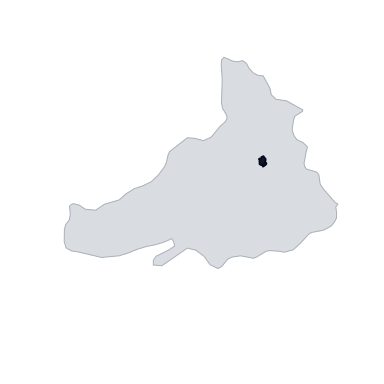 Juan de Herrera, San Juan, Dominican Republic (highlighted), rotated 150°
{"feature_id": "3306468B17512962237330", "entity_name": "Juan de Herrera", "entity_type": "district", "adm_level": 2, "iso_a3": "DOM", "parent_name": "Dominican Republic", "parent_adm1": "San Juan", "projection": "natural_earth1", "projection_center": [-71.191, 18.877], "detail": "fine", "context": "in_parent", "style": "filled", "palette": "ink", "viewbox_px": 384, "rotation_deg": 150, "n_neighbors": 0, "source": "geoboundaries", "source_scale": "gbopen_adm2", "svg_char_len": 3075}
<svg xmlns="http://www.w3.org/2000/svg" viewBox="0 0 384 384"><g transform="rotate(150 192 192)"><path d="M72.3,257.0L72.7,242.5L74.7,236.6L72.9,230.3L64.6,223.7L59.5,215.2L55.0,207.7L56.0,206.6L65.0,206.2L68.2,203.4L74.3,195.7L75.5,189.5L75.0,184.8L71.1,179.2L69.5,173.3L74.4,168.1L80.8,160.6L81.6,157.7L81.5,154.8L74.1,146.9L73.6,143.4L77.0,134.8L76.7,129.1L73.3,111.3L71.7,108.6L75.0,107.1L77.1,101.8L80.0,97.1L83.9,94.6L88.2,93.0L96.9,93.1L108.8,97.2L112.2,97.1L123.7,93.4L133.3,91.3L142.2,93.7L145.9,96.9L153.3,102.0L157.0,103.6L168.7,103.4L171.9,103.9L181.8,112.4L190.1,115.7L194.9,115.9L203.5,112.6L207.8,112.7L212.7,120.0L213.7,130.3L217.8,139.7L224.1,145.7L255.0,143.2L262.0,148.1L259.6,152.2L255.2,154.3L240.5,153.4L234.1,153.9L232.8,157.9L232.8,161.7L241.4,162.6L249.8,164.5L258.4,167.5L267.2,169.6L277.1,171.0L286.8,173.1L303.0,180.5L321.0,197.4L325.8,201.2L329.0,206.5L327.5,212.9L321.1,223.6L317.5,227.0L312.3,229.1L308.6,233.4L305.2,240.9L303.0,241.5L300.5,241.2L296.2,237.0L293.1,230.5L284.5,224.4L274.2,225.2L259.0,221.6L249.9,223.4L240.7,223.8L231.3,221.9L221.9,221.3L212.5,223.6L203.4,227.5L200.0,229.9L194.2,236.0L191.1,238.2L168.8,241.3L162.4,236.8L156.5,230.8L147.9,229.9L135.6,234.6L127.8,236.3L124.7,238.4L123.7,240.7L123.7,249.1L122.0,254.3L109.9,273.8L103.1,287.5L100.2,291.7L97.0,292.7L91.1,284.8L87.3,281.9L82.6,280.5L80.6,276.3L80.7,270.3L79.4,264.5L76.5,260.0L72.3,257.0Z" fill="#d9dde1" stroke="#a8b0b8" stroke-width="1"/><path d="M117.4,178.5L117.2,178.4L116.8,178.3L116.7,178.3L116.2,178.5L115.8,178.5L115.1,178.5L114.9,178.5L114.7,178.6L114.4,178.7L113.9,178.8L113.6,179.0L113.4,179.3L113.2,179.4L113.2,179.5L113.1,179.9L113.1,180.0L113.2,180.3L113.3,180.4L113.4,180.5L113.6,180.6L113.8,180.7L114.0,180.8L114.4,181.0L114.5,181.1L114.6,181.3L114.5,181.5L114.2,181.6L113.8,181.6L113.7,181.5L113.4,181.6L113.2,181.7L113.1,181.9L113.0,182.0L112.8,182.0L112.7,182.1L112.5,182.3L112.4,182.5L112.3,182.8L112.2,183.0L112.0,183.3L111.9,183.4L111.7,183.5L111.6,183.8L111.6,184.0L111.6,184.4L111.7,184.5L111.8,184.8L111.9,185.0L112.0,185.2L112.0,185.3L112.0,185.6L112.0,185.8L112.0,186.9L112.0,187.1L112.1,187.3L112.3,187.5L113.4,187.5L113.6,187.5L113.8,187.5L114.0,187.6L114.3,187.7L114.5,187.7L114.8,187.3L114.8,187.2L114.9,186.8L115.0,186.7L115.3,186.5L115.5,186.5L115.8,186.7L116.0,186.8L116.3,187.0L116.5,187.1L116.8,187.2L116.8,187.3L117.0,187.3L117.3,187.3L117.5,187.2L117.8,186.8L117.8,186.7L117.8,186.4L117.8,186.0L117.8,185.8L117.8,185.7L117.9,185.4L118.0,185.3L118.3,185.0L118.4,184.9L118.5,184.8L118.5,184.6L118.7,184.3L118.7,184.2L118.7,183.9L118.8,183.8L118.8,183.7L119.0,183.5L119.4,183.0L119.5,182.9L119.6,182.7L119.6,182.4L119.6,182.2L119.4,181.8L119.4,181.6L119.2,181.4L119.0,181.1L118.8,180.9L118.7,180.6L118.6,180.4L118.4,180.3L118.2,180.3L117.1,180.3L116.9,180.3L116.7,180.2L116.4,180.0L116.4,179.9L116.4,179.7L116.5,179.6L116.8,179.3L116.9,179.2L117.0,179.1L117.7,179.0L117.8,179.0L117.9,178.9L118.0,178.8L118.0,178.7L117.9,178.4L117.6,178.5L117.4,178.5L117.4,178.5Z" fill="#0f172a" stroke="#020617" stroke-width="1.5"/></g></svg>